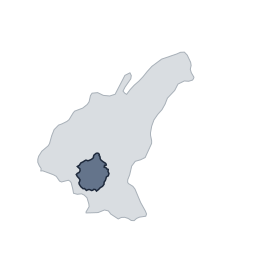 San Juan highlighted on a map of Dominican Republic, rotated 302°
{"feature_id": "DOM-1393", "entity_name": "San Juan", "entity_type": "Province", "adm_level": 1, "iso_a3": "DOM", "parent_name": "Dominican Republic", "parent_adm1": "", "projection": "albers", "projection_center": [-71.244, 18.895], "detail": "fine", "context": "in_parent", "style": "filled", "palette": "slate", "viewbox_px": 256, "rotation_deg": 302, "n_neighbors": 0, "source": "natural_earth", "source_scale": "10m", "svg_char_len": 2293}
<svg xmlns="http://www.w3.org/2000/svg" viewBox="0 0 256 256"><g transform="rotate(302 128 128)"><path d="M45.7,167.9L45.9,159.0L47.3,155.3L46.0,151.5L40.4,147.4L36.9,142.2L33.8,137.5L34.5,136.9L40.7,136.7L42.9,135.0L47.1,130.2L47.9,126.4L47.6,123.5L44.9,120.1L43.8,116.4L47.2,113.3L51.6,108.7L52.2,106.9L52.1,105.1L47.0,100.2L46.7,98.1L49.0,92.8L48.8,89.3L46.5,78.4L45.4,76.8L47.6,75.8L49.1,72.6L51.1,69.7L53.7,68.1L56.7,67.2L62.6,67.2L70.8,69.8L73.2,69.7L81.0,67.4L87.5,66.2L93.7,67.6L96.2,69.6L101.2,72.7L103.8,73.6L111.8,73.5L114.0,73.8L120.8,79.0L126.4,81.0L129.7,81.1L135.6,79.0L138.5,79.1L141.9,83.5L142.6,89.8L145.5,95.6L149.8,99.2L171.0,97.5L175.8,100.4L174.2,103.0L171.2,104.3L161.1,103.8L156.7,104.2L155.8,106.7L155.8,109.0L161.8,109.5L167.6,110.6L173.5,112.4L179.5,113.6L186.3,114.4L193.0,115.6L204.2,120.0L216.6,130.1L220.0,132.4L222.2,135.6L221.2,139.6L216.9,146.3L214.5,148.4L210.8,149.7L208.4,152.4L206.0,157.0L204.6,157.4L202.8,157.3L199.8,154.7L197.7,150.8L191.7,147.1L184.6,147.7L174.2,145.6L167.9,146.8L161.6,147.1L155.1,146.0L148.6,145.7L142.1,147.1L135.9,149.6L133.6,151.1L129.6,154.9L127.4,156.2L112.1,158.2L107.7,155.5L103.6,151.8L97.7,151.3L89.2,154.2L83.9,155.2L81.7,156.5L81.1,157.9L81.1,163.1L79.9,166.3L71.5,178.2L66.8,186.7L64.9,189.3L62.6,189.8L58.5,185.0L55.9,183.2L52.7,182.3L51.3,179.8L51.4,176.1L50.5,172.5L48.6,169.7L45.7,167.9Z" fill="#d9dde1" stroke="#a8b0b8" stroke-width="1"/><path d="M64.4,110.1L66.4,110.0L68.0,108.7L68.1,107.0L68.5,105.4L70.7,106.5L73.4,106.5L75.3,107.7L77.4,108.7L78.3,109.2L78.7,110.0L78.9,111.3L79.9,112.2L82.2,113.7L84.5,114.4L85.6,113.8L86.9,113.5L88.2,113.9L89.6,114.4L90.4,115.2L90.8,116.4L90.4,117.6L89.3,118.1L89.1,119.1L88.4,119.8L87.2,120.7L86.5,122.1L86.2,124.8L86.2,127.6L85.8,128.5L85.1,129.2L84.3,128.9L83.9,127.9L82.2,128.5L82.6,130.5L82.5,131.2L82.0,131.9L82.3,132.5L82.4,133.2L81.4,133.7L80.6,134.0L79.3,136.0L77.0,136.6L75.1,135.6L72.7,136.3L71.3,136.6L69.8,136.4L68.7,136.8L67.5,137.5L65.0,137.3L62.7,136.1L60.2,135.6L57.8,134.7L58.5,133.0L57.9,131.5L56.5,131.1L55.6,130.1L55.6,128.8L55.2,127.5L54.2,126.6L53.0,125.8L53.6,123.2L52.7,122.1L53.2,119.1L54.5,116.4L55.6,115.4L57.0,115.3L58.6,114.8L59.4,113.1L60.0,110.8L61.1,108.8L62.8,109.1L64.4,110.1Z" fill="#64748b" stroke="#1e293b" stroke-width="1.5"/></g></svg>